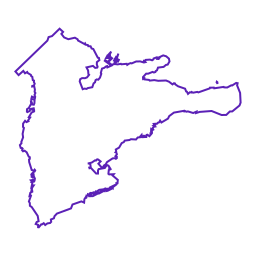 outline of Weno, Chuuk, Federated States of Micronesia
{"feature_id": "79324940B39467357025683", "entity_name": "Weno", "entity_type": "district", "adm_level": 2, "iso_a3": "FSM", "parent_name": "Federated States of Micronesia", "parent_adm1": "Chuuk", "projection": "mercator", "projection_center": [151.86, 7.44], "detail": "fine", "context": "isolated", "style": "outline", "palette": "violet", "viewbox_px": 256, "rotation_deg": 0, "n_neighbors": 0, "source": "geoboundaries", "source_scale": "gbopen_adm2", "svg_char_len": 5695}
<svg xmlns="http://www.w3.org/2000/svg" viewBox="0 0 256 256"><path d="M32.3,85.9L32.2,86.5L34.2,86.3L34.9,89.6L34.6,91.8L35.4,93.0L34.5,94.9L35.2,96.7L35.0,97.8L31.9,96.6L31.3,99.0L34.6,99.7L34.4,103.3L33.8,104.7L31.6,104.4L32.0,103.1L30.8,100.3L31.2,103.7L28.8,108.0L27.0,109.2L26.9,111.7L27.4,112.1L29.8,110.9L30.2,109.1L33.7,108.3L33.9,109.1L32.6,109.9L34.1,110.5L34.1,111.4L31.6,112.5L28.8,117.2L30.1,117.5L28.1,120.4L28.5,121.2L26.5,122.1L25.1,120.8L23.1,123.6L23.0,126.9L23.9,127.9L22.6,133.9L23.1,137.3L21.3,142.0L21.5,143.2L19.9,145.1L20.7,147.9L22.2,148.1L22.7,148.8L22.0,150.1L23.0,151.3L24.6,150.7L26.7,152.3L28.7,156.6L29.8,157.2L29.8,158.9L29.0,159.5L29.2,162.1L31.7,170.0L34.3,170.7L34.7,169.8L35.2,170.4L34.7,171.4L33.7,171.5L33.5,172.7L32.4,173.7L33.6,174.3L33.7,175.1L31.8,176.9L32.8,177.6L34.1,176.9L34.9,178.6L34.5,180.8L34.0,181.6L32.9,181.6L33.1,179.9L30.9,180.3L32.2,181.7L31.5,182.2L32.4,182.8L31.6,186.6L32.9,185.4L33.7,185.4L32.2,187.6L31.3,191.3L32.2,190.9L32.3,191.7L30.3,192.8L29.6,195.7L30.6,195.2L31.0,195.6L28.9,201.5L29.8,203.0L29.9,205.8L31.7,207.0L37.7,215.9L38.6,221.2L36.7,222.0L35.7,224.0L38.1,224.9L38.1,227.2L38.8,227.3L41.3,224.3L42.0,224.4L43.7,223.2L45.2,225.0L47.4,223.4L50.1,223.0L51.2,221.8L50.9,219.5L53.9,218.3L54.5,216.2L56.9,213.6L71.0,208.4L72.5,204.5L81.4,201.4L84.1,202.6L84.4,199.2L85.7,197.2L86.8,198.4L86.1,197.2L86.5,195.5L88.0,195.7L88.0,194.4L89.0,194.9L89.5,193.6L90.5,192.9L92.0,193.0L92.5,193.6L91.5,193.6L90.1,196.2L92.9,196.1L95.8,194.6L93.7,194.3L93.6,192.3L95.3,192.3L96.0,191.3L97.3,192.1L97.9,190.7L99.3,189.8L104.6,189.2L103.4,189.7L103.1,191.0L104.5,191.2L104.5,190.1L105.7,190.6L105.9,189.6L105.0,189.2L105.6,188.5L106.7,188.9L106.8,189.9L108.7,189.3L107.3,188.6L109.5,188.8L109.8,187.5L112.9,186.0L112.1,187.3L112.8,188.0L112.9,187.1L116.5,184.4L116.4,183.1L117.5,183.1L117.8,179.9L112.6,175.5L113.7,174.2L109.1,174.4L108.4,173.8L108.8,170.0L110.0,169.5L109.5,168.6L110.3,168.6L108.5,165.7L107.5,165.2L106.0,166.2L104.8,168.0L98.7,169.1L98.0,170.4L98.0,173.5L96.1,173.5L90.8,167.8L89.5,168.2L89.3,167.6L90.7,167.4L90.4,164.7L89.8,163.6L87.8,163.5L91.7,162.6L95.1,160.3L95.9,160.6L97.2,159.3L98.1,159.5L100.6,161.4L98.4,163.7L101.6,167.4L103.5,166.9L103.8,165.6L105.7,164.4L107.0,162.1L112.6,158.4L115.1,158.2L115.9,158.8L116.8,158.1L116.8,156.7L115.5,156.1L116.9,154.2L116.2,152.3L115.6,152.2L116.2,151.3L115.8,149.5L119.1,147.6L121.7,143.1L123.8,142.1L124.7,140.6L129.5,140.0L130.9,139.2L136.0,139.5L137.7,137.5L141.4,137.1L141.4,136.5L140.2,136.5L141.6,134.9L141.9,136.9L142.6,137.2L143.8,137.1L143.3,136.0L143.9,135.7L144.9,136.1L144.7,137.0L146.3,137.0L146.6,134.9L147.4,134.7L149.4,136.2L150.5,134.9L150.5,133.7L151.3,134.0L152.0,133.0L151.8,130.6L151.1,131.1L151.2,129.3L152.2,130.2L153.3,129.6L152.6,128.1L153.5,126.9L154.8,126.6L154.2,126.2L154.8,125.5L153.8,125.3L154.5,124.8L153.9,123.9L157.3,123.6L157.9,122.7L159.2,122.3L160.1,120.6L161.4,122.5L168.0,118.6L169.2,116.1L173.9,112.6L184.1,110.8L184.3,111.3L184.8,110.9L186.3,111.7L187.9,111.4L193.2,113.0L196.5,111.6L196.2,113.0L199.7,111.9L211.6,111.0L221.6,115.0L226.3,114.9L229.8,111.5L232.3,111.4L239.5,105.5L240.6,102.6L240.1,92.9L237.1,85.4L237.6,83.2L236.2,82.9L232.1,85.5L231.3,85.3L227.2,87.5L224.1,87.4L223.7,86.9L214.2,88.3L213.9,87.6L209.9,87.7L209.7,88.4L198.3,92.4L197.3,91.9L193.1,92.7L191.6,92.0L191.4,92.5L189.8,92.3L188.0,93.9L186.9,91.7L186.1,91.4L185.1,88.7L178.1,86.3L175.2,84.3L175.0,83.5L174.0,83.2L172.5,84.4L169.0,81.7L166.0,80.5L158.2,80.8L154.3,80.1L149.7,80.6L149.0,79.9L144.5,79.4L144.4,78.3L143.1,78.9L143.0,77.1L146.1,73.7L148.1,73.7L152.6,71.9L153.9,72.5L155.4,72.0L155.7,71.1L157.0,70.3L158.0,67.6L163.6,66.9L166.0,64.9L167.7,64.6L169.5,61.4L168.9,58.6L166.2,56.3L163.2,55.4L158.9,57.4L158.6,58.1L159.4,58.0L158.6,59.0L157.2,58.9L157.8,57.5L156.8,57.3L153.6,58.5L153.3,59.5L152.1,60.3L150.0,59.6L145.7,59.9L145.2,60.6L143.9,60.7L143.8,61.5L144.9,61.4L145.5,62.1L143.9,62.5L140.2,61.4L136.1,61.5L131.7,63.4L130.7,63.1L129.0,63.7L127.2,64.9L126.7,63.8L121.4,64.3L120.9,63.8L117.6,64.4L114.5,64.0L116.3,59.7L115.6,62.6L117.1,61.5L118.9,61.6L116.9,60.8L116.5,59.1L119.7,60.3L116.7,58.7L118.4,53.6L116.9,57.3L116.1,56.9L115.5,58.3L116.3,58.6L116.0,59.3L114.9,58.8L114.0,60.6L115.3,61.1L113.9,64.2L111.5,64.7L108.2,62.1L112.1,58.3L111.0,57.4L110.2,58.0L107.3,55.8L106.1,58.0L108.6,58.0L110.2,59.5L108.2,61.4L107.2,61.5L105.2,60.1L104.8,60.8L111.4,65.6L107.4,67.4L107.1,66.1L106.1,66.4L104.2,67.9L102.0,68.6L100.8,73.0L101.3,73.8L100.0,77.6L98.3,79.7L96.8,79.4L95.6,80.1L95.0,82.3L93.6,83.4L92.3,87.2L87.7,88.1L86.6,88.9L84.5,88.6L82.7,89.2L79.7,81.4L80.2,79.2L82.1,78.1L85.0,78.2L87.0,77.4L89.1,74.8L88.4,74.1L88.1,70.5L86.5,67.4L93.0,65.9L95.2,67.9L97.2,67.6L97.6,66.8L96.8,64.4L96.9,62.1L99.4,60.1L98.9,57.9L97.8,57.7L93.3,49.0L91.6,48.5L90.6,46.3L88.3,46.2L87.8,45.0L85.6,44.7L85.1,43.5L84.6,44.1L78.0,40.5L77.6,39.3L74.9,37.7L68.3,39.2L64.1,37.4L61.4,33.9L63.1,31.9L59.6,28.7L52.0,36.1L48.6,37.1L47.4,40.6L15.4,71.5L18.6,75.1L23.3,70.9L25.0,73.3L27.2,72.0L27.6,72.9L30.9,74.9L31.2,76.1L32.3,76.8L32.8,80.1L34.0,80.6L33.9,82.1L34.7,83.7L33.8,85.7L32.3,85.9ZM108.4,54.7L109.0,55.6L110.0,55.6L109.9,54.1L111.2,51.6L108.4,54.7ZM100.5,192.7L98.0,192.4L96.3,193.8L99.0,193.5L100.5,192.7ZM109.6,189.8L111.6,188.8L111.3,187.5L110.5,187.7L109.6,189.8ZM101.7,191.9L102.2,191.4L102.7,190.1L100.9,191.4L101.7,191.9ZM216.8,81.7L216.6,82.3L217.6,83.8L217.3,82.1L216.8,81.7ZM32.8,175.2L32.6,174.7L31.4,175.0L31.8,176.0L32.8,175.2ZM107.9,190.6L107.9,189.9L106.5,190.7L106.7,191.0L107.9,190.6ZM94.9,193.6L96.0,193.1L95.9,192.5L95.0,193.2L94.9,193.6ZM31.8,173.8L32.1,174.4L32.0,173.6L31.8,173.8Z" fill="none" stroke="#5b21b6" stroke-width="2"/></svg>